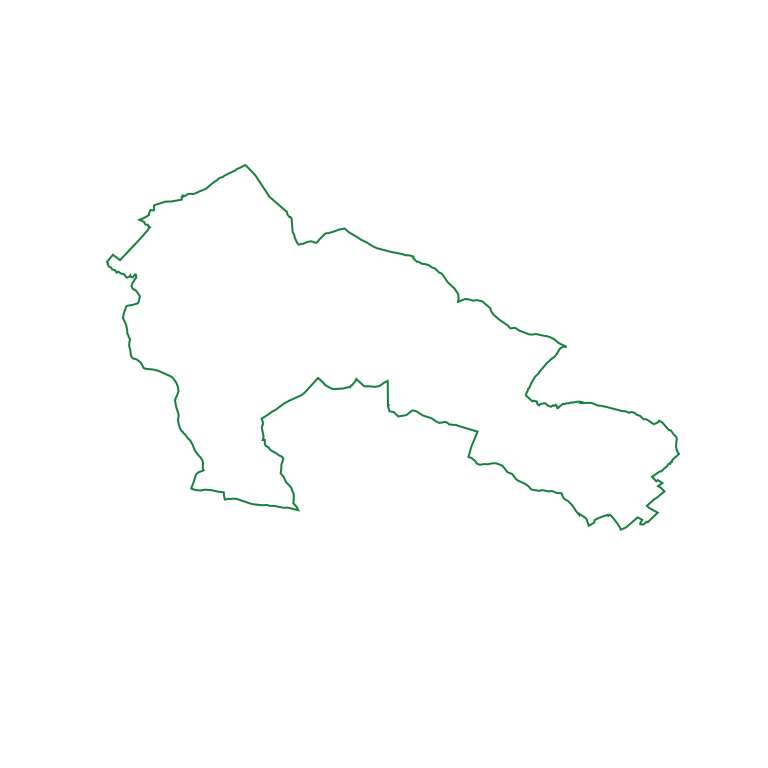 the district of Borascu, Gorj, Romania, rotated 199°
{"feature_id": "2599482B74133650758011", "entity_name": "Borascu", "entity_type": "district", "adm_level": 2, "iso_a3": "ROU", "parent_name": "Romania", "parent_adm1": "Gorj", "projection": "albers", "projection_center": [23.247, 44.703], "detail": "fine", "context": "isolated", "style": "outline", "palette": "green", "viewbox_px": 768, "rotation_deg": 199, "n_neighbors": 0, "source": "geoboundaries", "source_scale": "gbopen_adm2", "svg_char_len": 6110}
<svg xmlns="http://www.w3.org/2000/svg" viewBox="0 0 768 768"><g transform="rotate(199 384 384)"><path d="M365.3,507.2L368.5,507.4L372.5,509.5L374.4,509.9L377.2,509.8L379.6,510.9L384.2,510.8L387.1,510.0L391.6,510.8L392.7,510.3L397.4,512.5L397.7,514.1L402.0,513.9L405.6,512.7L408.8,512.8L420.6,511.2L434.9,510.1L438.2,510.4L443.2,511.3L446.2,512.2L453.1,513.0L455.6,513.8L466.5,516.0L471.9,518.2L476.9,515.3L480.3,512.4L485.5,508.6L488.3,507.4L492.1,499.9L493.2,496.7L493.8,495.6L494.5,495.2L499.2,495.3L503.2,493.1L505.1,491.1L510.2,487.9L512.7,489.7L515.9,493.2L517.7,496.1L519.9,498.1L525.1,510.2L526.9,511.4L527.8,511.1L530.6,512.9L531.7,515.0L554.6,524.3L554.8,525.0L573.7,539.5L586.0,545.8L587.0,545.5L590.5,541.5L592.9,539.6L593.8,537.9L602.5,529.3L604.1,526.9L605.3,526.3L607.2,524.4L608.2,522.5L611.9,517.4L615.5,511.3L617.7,508.9L620.7,506.5L624.8,502.5L626.9,501.2L628.1,501.1L631.3,499.8L633.1,497.3L633.8,496.8L635.7,496.6L635.0,495.7L636.1,495.0L635.2,492.5L644.8,487.2L650.0,485.3L659.5,478.2L659.5,477.2L658.2,474.4L658.2,473.2L661.3,472.5L661.7,468.5L661.2,467.2L665.7,462.1L668.7,459.6L663.8,459.1L663.0,458.8L662.5,457.6L660.8,457.2L659.2,457.7L658.9,456.8L658.3,456.9L656.3,455.9L657.3,454.8L657.1,453.3L662.8,439.7L673.9,415.2L682.4,417.9L685.7,409.3L684.7,408.6L684.2,408.0L684.3,407.3L683.2,406.2L682.0,405.3L680.9,405.5L679.6,405.0L678.3,403.8L675.3,404.1L673.3,402.3L672.9,402.3L671.9,403.7L668.4,402.9L664.9,403.0L663.2,401.5L661.9,401.0L661.2,401.1L659.4,403.1L659.2,404.1L658.3,402.9L656.3,403.0L655.3,406.4L654.3,406.7L654.0,406.3L652.9,403.6L653.8,402.0L653.8,400.2L654.8,397.6L654.6,394.3L653.0,392.6L651.1,391.9L649.9,392.0L647.7,390.8L643.4,387.5L642.6,382.2L643.0,380.2L646.6,377.5L651.6,374.7L652.5,374.1L652.9,373.3L653.0,366.0L652.2,361.1L650.4,359.6L646.9,355.7L644.2,350.9L643.2,348.1L641.9,347.2L640.7,345.3L638.6,343.6L638.4,340.8L637.8,338.2L636.6,335.8L635.0,333.7L632.7,328.9L631.6,327.5L629.7,326.5L625.6,326.7L620.9,325.0L616.3,320.8L613.4,321.0L607.1,322.5L601.9,323.0L588.0,321.8L586.2,321.3L581.5,318.2L578.2,314.6L577.0,312.6L575.9,309.7L576.0,305.5L576.4,302.5L576.2,300.3L573.0,294.6L568.5,288.7L567.5,286.4L567.3,283.3L565.1,279.3L562.6,275.9L560.1,273.6L558.9,273.3L557.2,272.0L556.0,271.8L551.3,268.5L548.8,267.5L545.1,264.2L541.4,259.7L536.6,256.4L532.9,254.4L530.6,252.3L529.3,250.2L528.1,245.6L526.4,243.7L531.0,239.8L532.0,237.7L532.3,235.9L532.0,229.1L532.3,223.1L532.3,222.5L531.9,222.2L529.9,222.5L527.7,222.2L527.1,222.6L522.0,223.8L521.2,224.6L517.7,226.2L511.7,227.6L506.1,228.1L500.2,229.4L498.6,225.7L497.3,223.6L496.5,222.9L493.9,224.8L491.3,225.3L490.0,226.2L486.4,227.4L469.6,227.5L459.7,229.7L455.3,231.6L452.5,231.6L448.1,233.0L438.7,234.3L434.6,235.8L424.0,236.8L426.3,239.2L430.8,241.6L431.6,245.0L433.2,249.9L433.9,251.1L436.2,253.4L437.6,255.3L439.3,256.7L444.5,259.2L448.8,263.6L452.7,266.0L453.4,270.0L454.8,274.4L454.8,280.2L455.3,281.2L457.5,282.2L459.7,282.2L462.7,283.3L469.0,284.4L470.8,285.1L472.5,286.5L475.5,286.9L477.3,288.7L478.5,292.4L479.5,292.3L479.8,291.7L480.5,291.5L480.5,293.5L480.8,295.3L485.3,302.9L485.6,305.4L485.2,306.1L486.1,308.5L488.4,311.3L482.7,318.5L481.2,320.9L477.5,325.1L472.4,332.8L467.6,337.9L458.3,346.7L456.1,350.1L448.3,368.2L442.5,365.8L439.1,363.8L432.2,362.6L429.8,362.8L420.6,366.7L416.8,369.4L415.0,369.9L414.6,372.0L413.8,372.5L412.0,377.2L411.8,379.7L401.9,375.4L398.4,376.7L392.1,378.2L388.9,379.8L387.5,380.7L384.4,385.2L381.5,388.1L373.2,364.8L372.8,365.0L373.0,364.4L370.0,360.0L365.7,360.6L359.8,358.0L353.2,361.6L352.1,362.8L348.7,368.1L347.3,368.6L344.4,368.7L336.9,366.9L327.9,367.1L321.7,365.4L318.9,365.2L313.8,368.1L311.2,367.9L308.9,366.9L307.6,367.6L306.1,367.6L302.5,368.8L300.1,368.6L280.0,369.4L281.0,353.1L280.4,342.5L277.6,342.6L272.8,340.9L270.4,339.0L267.2,338.8L263.4,340.8L259.7,341.9L255.6,344.4L251.9,345.6L245.3,345.3L238.7,340.9L233.5,340.6L227.9,336.9L225.8,336.3L217.3,335.4L213.3,334.0L211.2,332.6L209.2,332.3L202.2,333.6L199.9,335.2L193.6,336.0L190.3,337.6L185.0,337.2L180.8,338.5L180.1,338.1L178.3,335.7L176.1,334.1L171.8,333.2L167.7,331.2L164.4,329.1L160.9,326.2L156.8,323.8L157.0,324.8L149.8,323.0L148.3,321.9L144.2,316.6L140.3,321.1L140.2,322.2L140.7,323.6L138.6,326.0L134.5,329.6L129.7,333.2L129.0,332.4L127.7,333.9L124.9,332.6L117.4,327.8L116.9,327.1L114.7,325.7L112.7,323.3L108.3,327.4L100.7,340.4L95.8,339.7L95.8,338.4L96.4,336.4L96.3,335.2L96.0,334.8L93.0,335.6L90.7,339.4L89.6,339.2L83.3,351.5L93.4,353.2L95.8,354.5L92.2,360.6L91.4,362.5L89.2,365.0L83.8,373.8L88.5,376.0L91.6,376.6L88.5,381.0L94.0,382.3L94.8,380.7L95.2,380.8L100.4,383.4L95.0,390.9L93.8,391.4L92.7,392.8L91.6,395.3L89.6,398.3L88.9,401.1L87.5,401.6L87.8,402.2L87.4,403.5L86.5,403.7L86.4,404.3L86.8,405.3L86.1,407.1L82.3,413.9L84.8,415.7L87.4,419.6L88.9,425.0L89.1,427.0L89.9,428.4L91.5,429.7L93.6,430.5L97.5,433.4L99.9,433.3L108.4,438.2L112.0,438.9L112.3,437.2L113.0,436.3L115.8,433.8L123.4,435.8L125.5,435.9L127.2,435.1L131.3,437.2L135.6,437.3L137.0,438.1L139.6,438.3L140.9,438.1L143.1,436.5L146.4,436.9L150.1,435.9L165.6,434.8L171.5,434.1L174.9,433.2L180.9,433.7L183.7,433.1L190.6,430.4L191.7,430.1L190.8,431.3L192.0,431.3L195.6,430.2L200.0,427.6L200.8,427.6L202.1,426.4L205.8,424.8L207.1,423.5L208.0,423.7L210.7,419.9L211.6,417.9L212.3,417.6L212.9,418.9L214.9,420.3L215.7,418.9L217.6,418.7L218.0,417.7L218.6,416.9L222.8,417.0L223.4,417.6L225.0,418.2L226.3,418.0L229.9,415.6L230.2,414.4L231.0,414.3L232.6,415.3L233.3,416.0L233.5,417.0L234.0,417.2L237.3,416.8L237.9,415.9L245.8,419.2L246.4,420.7L245.9,424.9L246.1,426.4L245.3,428.0L245.0,432.7L243.4,440.4L241.3,444.2L241.0,446.1L236.8,456.7L233.4,463.0L231.8,464.9L230.5,468.5L229.4,474.0L228.7,475.5L226.6,477.7L223.3,478.6L231.9,479.5L237.8,481.8L242.0,482.3L245.9,482.3L247.2,481.8L256.7,480.7L259.6,479.1L262.5,478.2L273.2,478.5L278.3,479.8L282.0,478.0L283.1,477.9L286.0,479.6L296.5,482.5L303.3,485.4L307.0,488.2L307.4,489.3L308.1,490.2L318.1,494.2L323.8,493.5L326.4,491.9L331.6,491.6L334.9,490.8L340.7,485.8L341.3,489.4L343.2,493.2L348.4,497.2L356.9,501.0L365.3,507.2Z" fill="none" stroke="#15803d" stroke-width="2"/></g></svg>